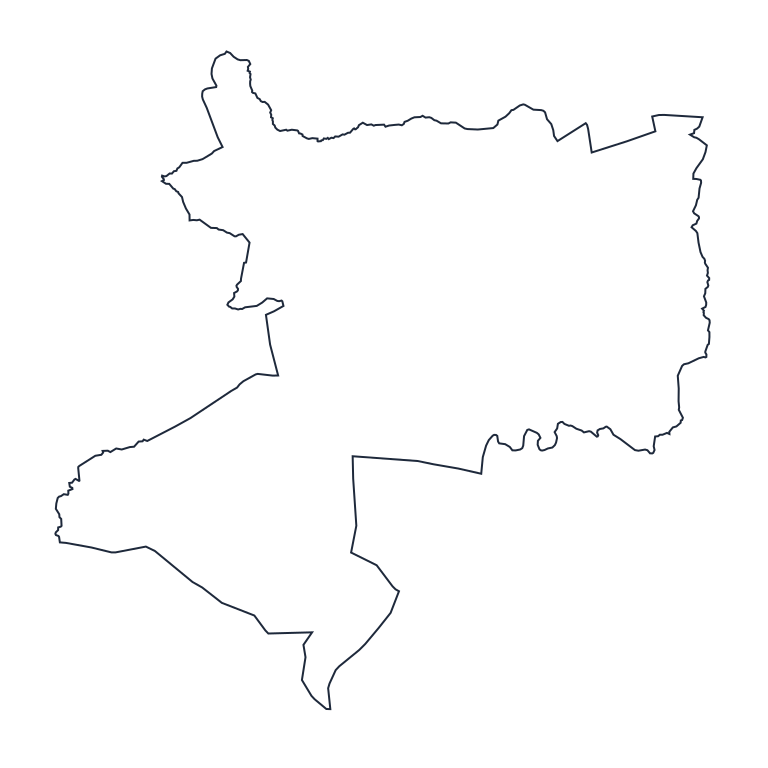 Chu Se, Gia Lai, Vietnam (Albers equal-area conic projection), rotated 92°
{"feature_id": "81297802B12572198720361", "entity_name": "Chu Se", "entity_type": "district", "adm_level": 2, "iso_a3": "VNM", "parent_name": "Vietnam", "parent_adm1": "Gia Lai", "projection": "albers", "projection_center": [108.095, 13.698], "detail": "fine", "context": "isolated", "style": "outline", "palette": "slate", "viewbox_px": 768, "rotation_deg": 92, "n_neighbors": 0, "source": "geoboundaries", "source_scale": "gbopen_adm2", "svg_char_len": 6034}
<svg xmlns="http://www.w3.org/2000/svg" viewBox="0 0 768 768"><g transform="rotate(92 384 384)"><path d="M57.2,553.0L59.6,554.6L61.2,559.2L64.7,563.7L74.6,567.0L80.2,567.2L84.7,566.1L91.7,561.9L93.1,562.1L94.8,570.8L95.8,573.2L97.7,575.4L100.2,575.8L103.1,575.8L105.9,575.0L114.2,570.8L143.2,558.8L152.8,553.6L157.1,561.9L159.7,564.1L165.6,573.2L167.4,578.4L167.6,581.9L169.8,588.9L170.0,593.1L174.6,596.2L175.8,598.0L178.2,598.9L178.7,601.4L181.1,603.3L181.1,605.6L183.8,608.7L184.2,610.5L183.5,613.0L184.6,613.2L187.0,611.2L187.9,611.1L189.0,613.0L191.5,608.9L191.5,605.6L196.1,601.4L196.5,600.0L198.6,598.3L199.3,596.4L200.6,596.0L204.2,592.4L209.0,591.1L215.5,588.1L221.4,584.3L227.3,584.0L226.7,580.3L226.9,576.7L226.2,574.0L234.0,562.4L234.0,556.5L235.4,554.7L235.9,550.1L238.2,546.2L238.6,543.5L241.6,538.5L241.6,537.1L239.9,534.3L239.1,530.5L247.4,523.3L267.4,526.1L267.8,528.1L283.9,530.6L286.1,530.6L289.8,534.3L290.9,534.9L292.2,534.6L294.0,533.2L295.5,533.3L296.6,534.1L298.3,537.0L301.9,536.6L304.7,538.2L307.9,542.3L310.3,543.3L312.1,541.5L312.3,540.4L313.8,538.4L313.7,535.6L314.6,532.4L313.9,530.1L314.0,528.4L312.2,525.5L310.4,513.9L306.9,508.6L302.5,503.8L302.9,497.2L304.7,493.6L304.9,491.7L304.2,489.3L304.9,488.5L309.5,487.2L315.2,496.5L319.0,504.4L348.6,499.2L379.2,490.1L379.5,495.5L378.3,510.6L378.9,512.6L386.1,524.6L389.4,528.3L392.7,530.7L396.3,536.5L424.8,576.2L433.8,591.2L449.2,618.6L448.0,622.2L449.7,623.3L450.1,627.2L455.4,631.6L455.9,635.8L458.6,643.8L457.8,649.4L461.6,655.1L460.3,657.7L460.7,662.9L462.3,662.3L464.6,664.0L465.8,670.0L476.5,685.6L477.5,686.6L478.5,686.7L491.2,685.0L491.5,685.4L489.6,689.0L490.3,690.1L493.5,692.3L493.9,695.1L497.6,694.4L498.7,691.9L499.9,691.7L501.6,695.8L504.6,695.6L505.8,696.2L505.3,700.2L507.3,702.9L507.9,704.8L509.3,706.1L514.8,707.3L520.2,707.6L525.5,704.0L528.4,703.7L530.1,701.9L537.0,701.3L537.9,702.1L538.7,704.6L541.4,704.6L543.7,706.8L545.2,707.2L546.4,706.6L547.2,704.1L548.1,703.4L553.6,702.4L553.9,696.3L557.6,670.7L561.8,650.5L561.7,646.6L554.8,616.3L558.9,607.1L588.6,568.4L593.7,558.6L608.4,538.4L619.9,505.5L634.4,494.0L637.4,490.9L634.7,447.2L647.5,455.4L659.8,452.9L682.7,455.7L698.2,445.6L701.5,442.3L710.8,430.3L710.8,426.3L690.0,429.2L685.3,428.0L671.6,422.3L667.6,418.8L650.7,399.5L644.5,393.7L628.1,380.9L612.5,369.4L590.6,361.8L588.8,365.3L585.9,368.4L565.4,385.0L553.6,411.0L526.6,406.7L479.7,411.5L457.3,412.8L459.8,347.6L462.5,331.7L465.9,306.8L470.3,283.7L453.6,282.7L442.0,279.8L436.4,277.3L431.9,273.6L431.0,272.2L431.0,270.3L431.9,269.0L437.5,268.0L439.3,266.8L439.9,260.8L442.5,256.1L445.8,253.4L445.8,250.2L444.7,245.6L443.3,243.6L440.7,242.7L431.2,242.2L424.9,239.2L424.3,237.5L427.5,229.5L429.0,227.6L432.4,225.8L435.4,228.2L439.4,228.3L443.7,226.4L444.7,225.2L445.0,223.7L444.4,221.3L442.7,218.0L441.6,213.5L439.1,211.1L436.5,210.0L432.0,209.2L430.0,209.6L426.1,211.8L422.4,209.4L417.7,208.8L415.8,206.0L415.7,204.3L417.6,202.3L419.3,197.7L419.0,196.1L419.5,194.3L422.0,190.2L423.6,184.9L425.4,182.5L424.0,177.4L424.4,175.6L429.2,169.5L428.9,168.6L427.7,168.1L425.2,169.3L422.9,168.9L421.4,166.6L420.7,163.2L419.0,160.9L418.8,159.9L421.3,156.2L426.7,152.9L430.8,145.8L441.3,130.9L441.8,127.4L440.4,120.8L441.0,118.4L444.0,115.7L444.0,113.4L443.4,112.5L440.5,111.3L436.8,112.3L427.0,111.2L426.6,108.2L425.1,106.6L425.0,103.9L423.0,99.5L424.0,97.0L421.8,97.2L417.3,93.8L416.2,90.3L412.4,86.2L410.1,86.1L409.6,84.8L407.3,84.1L399.5,88.5L397.1,88.2L391.0,89.0L378.2,89.3L365.5,90.7L355.5,86.7L353.8,84.9L352.7,80.6L347.3,70.3L345.8,65.5L346.2,63.6L345.7,62.8L343.3,62.8L341.4,64.0L340.3,64.0L333.6,61.9L332.6,60.7L325.7,60.4L320.8,60.6L319.1,62.1L311.4,60.6L308.9,60.9L307.8,61.8L306.6,64.5L304.1,66.9L301.8,66.8L301.0,67.3L299.6,66.8L297.6,68.7L295.8,65.4L293.7,64.8L291.3,64.8L285.2,67.3L282.1,66.1L277.7,66.1L275.7,63.8L274.3,63.3L270.9,64.4L269.3,63.8L268.6,62.7L266.8,62.7L264.4,65.0L261.7,64.2L259.0,64.6L256.5,64.3L252.5,67.2L251.2,67.6L249.7,67.4L247.7,68.2L245.8,70.1L241.1,72.3L231.7,74.6L222.3,76.1L220.2,77.6L216.6,82.1L214.6,81.0L212.8,77.4L210.1,76.7L207.6,75.0L206.3,75.0L205.3,75.6L202.6,80.0L200.6,81.2L194.5,78.5L189.0,77.4L186.9,76.1L177.6,75.5L171.9,74.1L169.7,74.3L168.9,74.9L168.2,78.9L168.2,82.1L162.9,82.1L157.4,79.3L148.3,73.2L141.0,70.8L134.2,69.7L128.4,77.8L127.0,80.4L126.6,82.6L124.1,86.9L122.5,82.9L119.2,82.7L117.9,80.1L115.8,77.9L106.3,74.9L105.3,113.4L105.6,118.7L107.3,125.3L122.0,121.6L133.0,149.8L145.4,184.5L122.0,188.9L118.0,190.1L116.3,191.5L135.2,219.1L130.2,222.7L124.4,223.7L118.4,225.9L113.7,230.3L106.9,232.5L105.4,234.2L104.8,236.4L104.6,244.3L100.0,253.0L99.7,254.6L100.9,258.0L105.5,264.2L105.9,266.2L109.0,268.3L112.6,271.9L116.8,278.9L120.7,279.7L124.4,283.7L126.4,299.1L126.3,309.5L125.8,312.3L120.3,321.3L120.2,326.6L121.4,328.7L121.5,336.1L119.0,340.7L118.6,342.9L116.4,346.0L115.8,348.1L116.3,351.8L114.6,354.8L115.9,356.9L116.4,362.9L117.8,366.0L120.1,369.5L121.3,372.6L123.4,373.3L124.8,375.2L124.2,378.3L124.7,382.4L125.5,387.9L126.8,391.5L124.8,393.0L125.5,401.6L126.2,403.2L125.0,405.7L125.8,410.0L123.6,414.3L126.2,418.1L128.3,418.9L130.4,421.2L130.5,421.8L129.6,422.8L130.2,423.7L134.0,426.7L134.2,428.8L136.2,432.2L136.0,434.1L138.4,438.0L138.3,441.4L140.0,443.0L139.7,445.2L141.2,447.7L140.0,448.8L141.0,450.1L140.7,452.7L142.4,453.6L142.7,455.1L143.5,455.5L143.9,458.4L143.6,458.9L141.1,459.0L140.8,464.2L141.7,467.7L141.2,469.6L139.0,474.0L137.5,474.2L136.6,476.2L136.5,477.6L134.0,478.8L133.6,479.5L133.1,485.0L134.2,489.4L133.3,490.6L134.8,496.7L133.5,499.5L131.5,501.6L129.5,502.3L128.0,504.1L125.4,504.2L124.0,504.8L122.3,504.4L121.4,506.2L118.8,506.1L116.7,507.2L114.3,506.3L108.8,509.6L106.2,513.1L106.4,515.2L105.6,517.0L103.6,518.2L102.5,520.5L98.1,522.7L97.6,525.2L96.8,526.1L95.4,525.9L90.9,528.0L88.5,528.3L86.0,528.3L84.5,527.8L82.1,528.6L78.9,528.2L77.8,529.2L76.5,528.9L75.7,531.2L73.8,530.7L71.9,531.1L68.9,528.8L65.8,530.4L65.0,532.4L65.4,538.8L64.7,541.6L62.2,545.7L58.6,549.3L57.2,553.0Z" fill="none" stroke="#1e293b" stroke-width="2"/></g></svg>